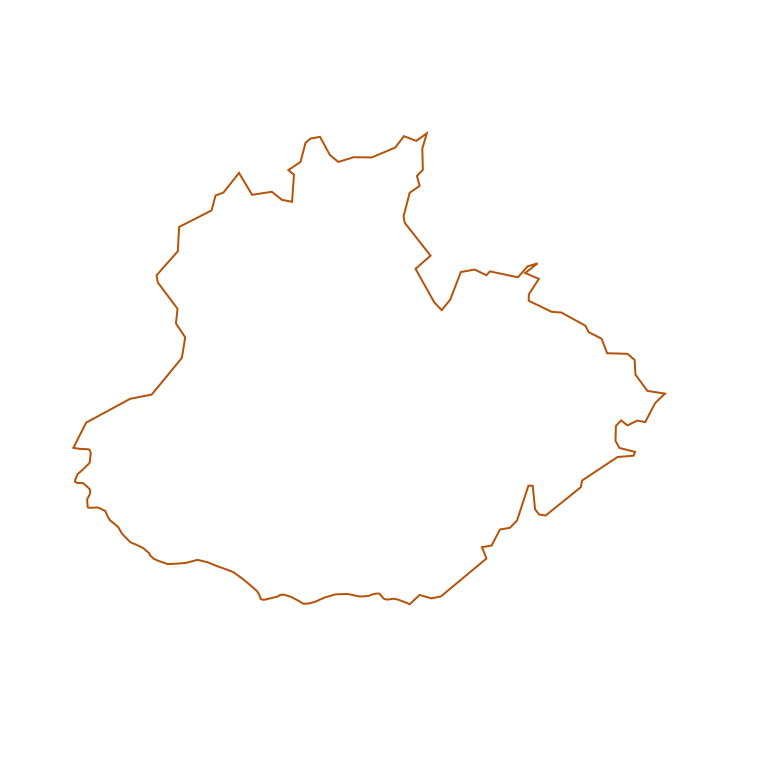 Mavrovo and Rostusha, Mavrovo and Rostusa, North Macedonia, rotated 292°
{"feature_id": "65306769B57665907630306", "entity_name": "Mavrovo and Rostusha", "entity_type": "district", "adm_level": 2, "iso_a3": "MKD", "parent_name": "North Macedonia", "parent_adm1": "Mavrovo and Rostusa", "projection": "albers", "projection_center": [20.658, 41.644], "detail": "fine", "context": "isolated", "style": "outline", "palette": "amber", "viewbox_px": 768, "rotation_deg": 292, "n_neighbors": 0, "source": "geoboundaries", "source_scale": "gbopen_adm2", "svg_char_len": 2362}
<svg xmlns="http://www.w3.org/2000/svg" viewBox="0 0 768 768"><g transform="rotate(292 384 384)"><path d="M411.1,642.3L415.1,642.2L412.9,626.2L417.9,620.0L432.0,614.7L439.1,617.5L436.8,625.2L445.0,632.6L446.5,640.5L467.8,642.5L480.3,648.1L476.3,630.8L486.9,613.6L500.2,607.4L503.2,598.4L496.1,579.4L507.5,568.7L508.7,554.4L513.5,548.9L516.7,521.7L513.7,512.3L515.4,487.0L521.3,484.7L539.5,488.2L539.8,473.3L553.4,481.2L546.9,473.1L533.1,468.2L528.1,440.0L523.2,438.2L524.1,425.2L516.6,413.3L487.0,413.8L474.1,409.8L478.4,400.2L502.6,370.1L520.4,379.1L541.2,342.9L546.9,339.3L571.0,336.2L581.0,342.8L589.3,336.6L597.1,339.8L616.7,331.3L632.5,329.8L621.5,322.8L621.3,309.7L607.4,305.8L589.5,287.8L582.9,270.9L572.8,258.5L576.0,248.1L589.2,232.1L584.1,224.0L578.3,220.9L558.6,223.4L546.5,215.2L544.4,222.1L518.5,230.5L516.5,220.4L520.2,208.0L510.0,190.8L525.4,170.5L501.3,163.4L495.7,157.2L480.3,159.1L452.9,135.2L429.8,143.1L399.6,132.4L393.4,136.2L376.4,164.4L362.2,168.4L352.8,182.2L332.5,186.8L287.2,172.6L275.1,154.1L236.6,122.3L208.5,119.9L209.8,126.0L212.8,134.5L212.3,136.1L210.2,137.9L201.7,140.4L200.3,140.5L190.7,136.3L185.7,133.7L180.7,133.6L179.8,133.6L177.7,134.0L177.3,137.3L178.1,138.5L179.2,141.4L179.1,143.0L178.4,145.0L176.3,150.5L173.9,152.1L170.8,152.5L166.1,151.9L161.1,154.2L159.5,155.1L158.6,155.9L159.4,158.7L162.1,164.1L162.3,168.3L161.8,173.2L157.7,177.4L155.0,181.0L154.1,184.0L153.8,184.9L153.6,185.9L151.6,191.4L147.1,197.1L142.3,208.0L142.1,216.1L141.7,222.2L138.9,230.1L137.7,230.9L135.8,235.5L135.5,239.5L135.5,240.8L136.0,250.9L138.4,256.2L143.8,267.2L151.1,277.0L152.6,287.0L152.6,298.2L153.1,308.9L153.1,314.8L150.2,326.6L148.4,332.3L144.4,343.8L142.6,346.4L141.9,347.3L138.6,350.1L138.5,352.5L139.3,354.1L142.3,358.4L147.5,365.5L149.3,366.4L151.3,370.3L151.8,377.9L151.0,385.6L150.1,391.8L152.5,396.8L156.1,401.5L163.9,409.1L170.8,417.9L175.7,428.9L177.8,440.8L179.8,445.4L182.4,450.0L183.9,451.2L185.0,452.7L186.9,455.4L187.9,458.4L186.5,461.0L185.1,463.6L184.8,465.1L185.2,467.4L186.6,470.1L188.6,473.5L189.3,477.7L189.4,479.8L189.6,487.6L189.3,490.3L201.7,496.0L203.0,508.2L208.3,516.3L260.6,544.4L269.4,535.9L274.6,544.3L292.5,546.0L297.8,554.6L307.3,558.5L343.8,556.0L345.4,560.0L324.4,571.0L321.1,576.8L322.6,583.1L362.0,605.1L368.7,603.8L403.7,627.8L411.1,642.3Z" fill="none" stroke="#b45309" stroke-width="2"/></g></svg>